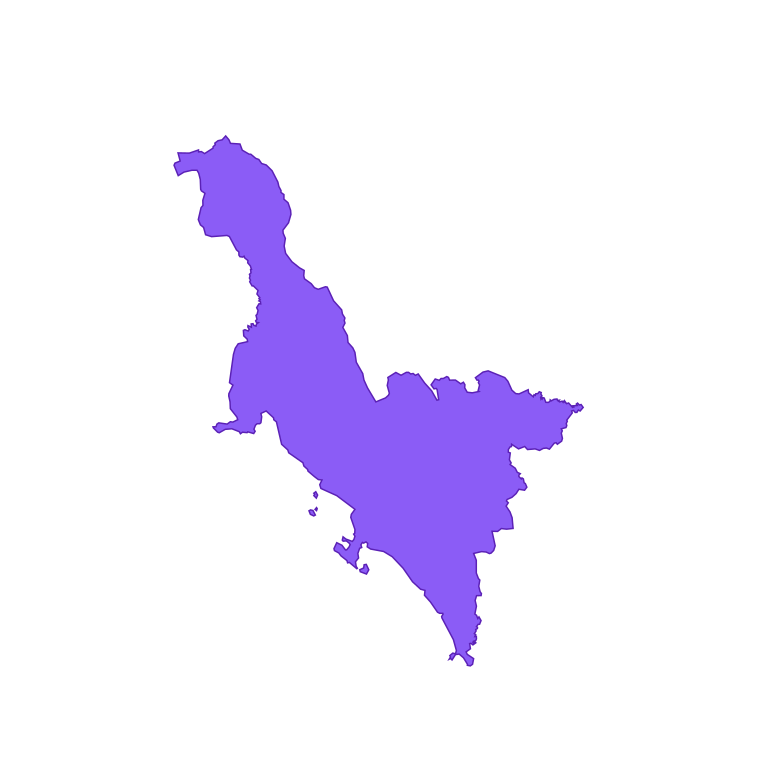 Sikao, Trang, Thailand (Robinson projection), rotated 337°
{"feature_id": "78962969B32337273254454", "entity_name": "Sikao", "entity_type": "district", "adm_level": 2, "iso_a3": "THA", "parent_name": "Thailand", "parent_adm1": "Trang", "projection": "robinson", "projection_center": [99.375, 7.613], "detail": "fine", "context": "isolated", "style": "filled", "palette": "violet", "viewbox_px": 768, "rotation_deg": 337, "n_neighbors": 0, "source": "geoboundaries", "source_scale": "gbopen_adm2", "svg_char_len": 6161}
<svg xmlns="http://www.w3.org/2000/svg" viewBox="0 0 768 768"><g transform="rotate(337 384 384)"><path d="M558.2,483.4L557.4,479.9L555.7,479.7L554.7,477.2L553.2,477.6L553.5,479.3L549.1,477.8L549.7,479.3L548.4,479.2L546.5,473.6L544.4,473.4L543.7,470.4L543.3,471.2L542.8,470.1L541.7,470.9L541.3,469.4L538.7,469.1L538.0,468.0L539.0,467.4L537.3,466.9L537.4,465.4L534.4,464.5L531.5,464.9L530.8,463.6L530.2,464.7L528.2,465.2L525.8,464.1L526.0,459.5L525.0,458.7L523.9,459.5L524.0,458.2L522.6,459.2L522.9,457.5L524.8,456.5L524.5,454.5L525.4,453.3L523.9,451.8L521.9,452.9L519.8,452.3L518.8,453.5L517.9,452.5L516.4,454.1L513.6,448.6L514.5,445.6L504.4,445.9L501.5,444.3L499.3,439.6L499.1,429.9L497.7,425.3L485.0,412.6L479.8,411.7L470.6,413.9L471.1,416.8L472.2,417.1L472.6,418.5L471.4,419.6L471.6,422.2L467.9,427.1L468.5,428.0L461.8,426.6L457.4,424.1L456.8,419.0L458.2,416.3L457.8,413.4L454.7,413.8L451.3,408.3L445.9,406.1L445.9,403.1L444.7,401.7L440.7,402.1L438.7,401.2L436.3,402.2L433.1,399.4L427.0,403.2L428.1,408.0L430.3,408.5L430.7,409.8L428.2,419.8L426.4,419.6L425.2,408.9L421.8,399.0L419.4,388.1L416.3,388.3L414.9,385.7L412.5,385.2L411.2,382.9L409.1,382.0L403.1,382.6L399.4,378.0L390.1,379.5L389.6,382.0L386.4,386.6L385.3,394.6L383.7,396.1L380.0,397.4L369.5,397.3L367.3,381.1L367.1,372.5L368.5,366.1L367.0,353.2L369.6,343.5L369.4,338.5L367.1,331.7L369.2,325.1L368.2,315.8L371.9,312.7L372.2,310.0L373.8,308.0L373.1,303.4L374.0,299.2L370.1,287.7L369.6,272.6L368.1,271.6L360.4,271.1L357.6,268.2L356.2,263.2L351.9,256.1L352.4,253.0L354.9,248.3L351.6,244.0L347.0,235.5L344.5,225.3L346.0,218.0L350.1,211.4L350.1,205.8L351.1,202.9L359.1,198.3L364.6,191.5L365.9,187.6L366.5,179.7L364.1,174.8L365.9,170.5L364.0,167.4L364.8,165.7L364.4,161.1L365.2,156.7L364.3,144.0L361.2,136.4L357.5,133.2L356.5,128.4L354.1,126.2L351.2,120.5L349.6,119.7L344.9,113.4L345.2,106.8L336.7,102.5L336.7,98.7L335.2,93.8L330.4,96.0L326.3,95.2L322.4,96.2L322.2,97.8L319.4,98.8L318.8,100.1L308.9,101.8L306.7,98.7L304.0,97.9L304.7,96.1L295.0,95.4L284.7,90.8L283.5,99.1L277.9,99.0L276.2,100.6L276.0,111.8L282.7,110.8L290.7,112.2L295.4,114.2L295.8,117.5L294.8,124.0L291.3,133.2L291.4,134.9L293.7,138.5L289.0,144.1L287.1,148.9L284.5,150.2L277.3,160.1L277.2,165.8L279.1,169.4L278.1,176.9L282.9,181.0L297.5,185.9L299.3,187.8L300.6,202.9L302.0,205.7L300.8,208.7L301.1,210.5L303.6,212.0L305.1,211.7L305.1,213.7L307.0,217.2L305.9,219.2L307.1,223.0L306.8,226.7L305.9,226.5L305.0,229.7L303.0,230.5L302.9,232.2L301.5,233.9L301.7,236.2L300.3,237.4L300.9,242.2L302.1,242.7L304.6,248.7L302.2,251.5L303.4,256.1L302.2,256.6L302.9,258.1L301.3,258.6L302.4,259.9L301.8,262.1L300.3,261.3L296.6,264.0L296.8,267.1L294.4,270.3L293.0,270.8L292.4,274.8L290.5,275.7L290.6,277.5L292.3,278.4L289.9,279.1L288.8,280.7L287.1,279.1L287.0,277.3L285.2,276.8L284.1,279.9L281.6,277.1L280.9,278.4L281.3,281.0L279.7,282.1L277.2,279.7L275.5,279.7L273.7,284.9L275.6,289.3L275.0,291.7L265.5,290.0L261.0,293.0L257.0,297.9L242.3,322.4L244.5,326.0L237.4,332.3L236.4,334.4L235.3,340.3L232.9,346.7L235.7,357.0L235.4,359.7L230.0,360.0L227.8,358.7L224.0,359.6L216.7,355.2L214.6,355.6L212.6,357.7L209.9,356.6L209.8,357.8L212.0,363.3L213.3,364.5L220.2,363.7L226.5,365.8L232.2,371.4L232.4,373.7L234.9,373.1L239.0,375.3L239.9,374.8L244.7,378.7L246.9,377.2L246.6,374.8L249.6,371.7L251.7,371.0L254.1,372.0L255.6,371.5L258.6,366.4L259.2,363.0L265.0,362.8L269.1,371.9L268.6,373.9L270.2,376.8L266.2,399.5L269.7,407.1L269.4,410.1L278.6,424.8L278.2,428.2L280.3,432.8L280.0,434.5L283.8,442.1L286.2,446.3L289.4,448.1L285.5,451.6L285.1,455.5L296.9,468.3L308.3,488.0L303.0,491.2L301.3,493.8L300.4,506.6L298.7,510.0L297.4,510.3L297.8,512.7L295.5,515.4L293.3,516.5L288.3,511.8L286.6,508.7L284.6,511.4L285.0,512.7L288.0,513.7L289.6,516.5L290.1,518.6L288.1,520.4L284.8,522.1L283.7,521.7L282.3,516.0L278.5,511.6L273.6,516.0L273.3,518.0L276.4,521.9L277.2,525.3L280.9,532.1L280.6,534.4L282.4,534.7L286.8,543.4L287.5,543.2L287.1,541.0L288.3,536.5L292.6,534.2L293.7,529.8L297.4,525.7L299.6,525.8L299.9,523.0L302.2,521.4L303.1,522.5L305.7,522.3L306.7,524.4L304.9,527.3L307.2,530.7L318.2,538.0L324.1,546.2L329.6,561.0L333.0,577.2L337.5,587.2L341.1,590.0L338.7,594.3L341.6,602.8L344.1,615.0L345.6,616.8L348.5,618.1L348.3,619.1L346.2,620.5L345.9,622.0L348.0,646.4L346.5,657.6L344.4,660.3L342.2,658.6L338.5,659.7L338.5,661.3L336.5,662.8L338.0,662.7L338.8,664.6L344.1,661.0L347.7,662.0L350.2,667.1L351.3,674.5L350.8,675.5L353.3,677.2L356.0,676.6L359.2,671.8L355.0,665.4L354.9,662.7L360.1,661.5L361.4,656.4L362.7,656.7L363.9,658.9L367.4,658.1L367.1,657.2L365.2,657.7L364.9,656.6L365.7,655.8L368.2,656.0L369.5,654.8L370.4,652.4L368.9,652.0L370.5,650.6L369.6,649.1L372.3,647.3L372.5,645.8L374.4,645.6L375.0,644.5L374.3,643.5L376.7,642.0L378.1,642.5L380.9,639.7L380.4,635.5L378.7,636.5L378.8,633.1L377.8,631.2L382.3,624.6L383.3,618.9L386.5,615.0L390.7,616.7L391.8,615.0L391.3,612.7L392.2,607.2L395.6,601.9L394.9,600.0L395.1,594.1L400.1,582.3L400.3,575.0L408.3,576.4L412.4,578.6L414.8,581.3L416.5,581.5L419.9,580.1L423.1,576.4L425.9,561.8L431.0,564.1L435.5,562.9L440.1,565.5L446.4,567.4L449.7,557.1L450.0,551.0L448.7,544.1L452.0,541.9L451.0,539.5L452.2,538.4L457.5,538.3L462.8,536.5L467.0,533.6L471.9,536.7L475.2,534.8L475.2,530.9L474.4,529.7L475.2,525.8L474.3,524.4L473.3,525.0L472.0,521.9L472.5,520.6L474.4,519.8L472.2,517.4L471.9,512.8L468.6,507.4L470.2,506.3L469.8,502.8L473.3,496.8L471.8,495.3L472.9,492.9L475.4,491.2L476.9,491.4L477.9,489.3L482.5,496.3L489.1,496.5L490.5,500.4L497.8,502.8L501.2,505.9L505.4,505.5L508.5,506.4L510.8,508.6L517.6,505.0L519.5,505.3L520.0,507.2L525.2,506.0L527.0,503.8L528.0,498.5L529.8,496.8L529.7,494.5L534.5,495.2L536.0,493.7L536.3,491.6L538.2,489.9L538.1,488.7L546.0,484.2L546.1,482.1L548.1,482.4L548.9,484.9L550.5,485.5L552.7,483.9L554.0,485.5L558.2,483.4ZM297.4,549.1L297.2,543.1L295.1,542.6L293.4,545.4L289.1,545.5L288.8,547.5L293.6,552.1L297.4,549.1ZM269.6,477.8L269.2,472.7L267.2,471.2L265.4,471.4L265.3,475.2L267.8,478.0L269.6,477.8ZM279.1,456.5L276.7,457.1L277.1,458.4L275.8,459.3L277.1,462.6L279.5,460.3L279.1,456.5ZM272.4,474.2L273.8,472.7L273.6,471.4L271.5,472.5L272.4,474.2Z" fill="#8b5cf6" stroke="#5b21b6" stroke-width="1.5"/></g></svg>